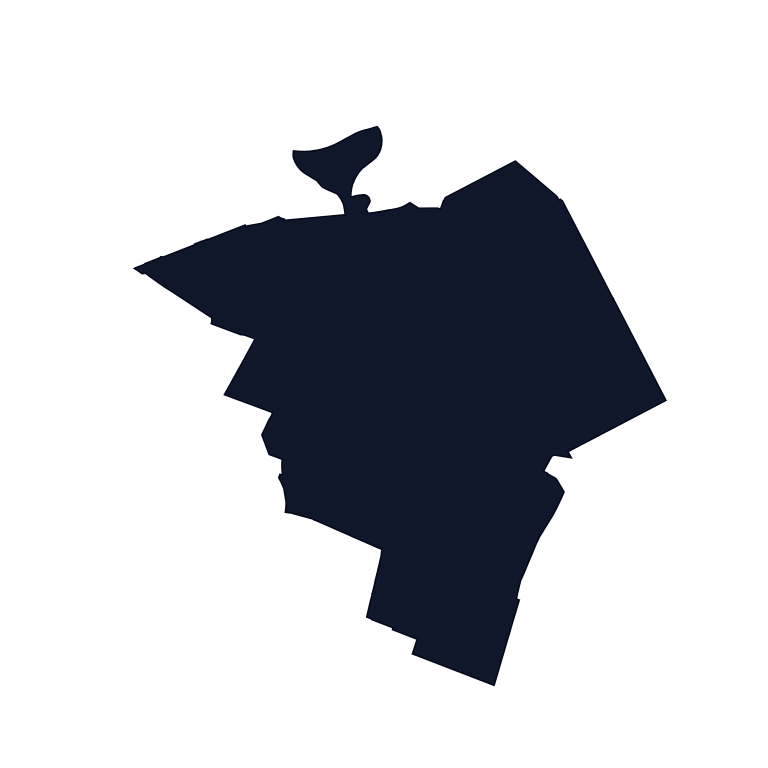 the district of Waddinxveen, Zuid-Holland, Netherlands, rotated 198°
{"feature_id": "6326949B29533481095238", "entity_name": "Waddinxveen", "entity_type": "district", "adm_level": 2, "iso_a3": "NLD", "parent_name": "Netherlands", "parent_adm1": "Zuid-Holland", "projection": "orthographic", "projection_center": [4.655, 52.044], "detail": "fine", "context": "isolated", "style": "filled", "palette": "ink", "viewbox_px": 768, "rotation_deg": 198, "n_neighbors": 0, "source": "geoboundaries", "source_scale": "gbopen_adm2", "svg_char_len": 6051}
<svg xmlns="http://www.w3.org/2000/svg" viewBox="0 0 768 768"><g transform="rotate(198 384 384)"><path d="M188.6,220.4L189.2,220.3L189.8,220.3L190.4,220.4L191.0,220.5L191.6,220.9L191.7,221.1L192.4,226.8L193.3,238.9L193.2,240.4L192.4,247.3L191.6,257.8L190.6,269.6L189.9,278.7L188.8,287.0L185.7,299.7L183.2,310.0L182.5,313.2L181.1,322.1L180.3,328.5L179.4,336.2L179.5,337.0L180.3,337.8L189.6,346.0L190.1,346.4L190.8,346.9L191.5,347.2L192.3,347.5L199.2,348.8L199.3,348.6L200.6,349.4L201.0,349.6L201.8,349.6L202.1,349.6L202.1,349.9L202.5,349.8L203.4,349.9L205.2,350.4L204.8,353.1L202.4,365.8L202.1,366.9L201.8,367.5L200.7,368.6L199.8,369.1L199.1,369.2L183.0,371.7L188.1,376.6L168.4,396.7L149.0,416.5L110.8,455.6L126.0,470.6L192.4,536.1L192.3,536.4L192.4,536.5L192.6,536.4L192.8,536.3L225.0,568.1L270.7,613.1L273.4,614.2L274.6,613.0L277.6,615.9L308.9,628.8L328.0,636.6L359.7,604.3L360.9,603.1L361.6,602.4L363.2,600.7L365.6,598.3L367.5,596.3L373.4,590.3L375.0,588.7L381.2,582.4L383.3,580.2L383.7,576.7L384.1,576.7L384.3,567.9L387.5,567.8L405.3,561.9L415.5,564.5L417.3,562.2L419.3,560.1L421.1,558.3L423.4,556.5L425.8,554.9L430.5,552.3L432.3,551.5L440.0,547.3L446.8,543.8L451.7,541.5L454.9,544.8L453.6,553.4L455.1,555.7L456.3,556.8L457.6,557.5L459.0,557.9L460.5,558.0L462.2,557.6L468.4,554.7L473.3,551.5L473.4,551.8L473.6,552.5L473.9,553.5L474.2,554.5L474.7,556.7L475.0,558.4L475.4,561.2L475.4,562.5L475.6,565.0L475.5,565.4L475.4,565.8L475.2,568.3L475.2,569.2L475.1,569.6L474.9,570.7L474.9,570.8L474.9,571.0L474.8,571.6L474.4,573.5L474.0,574.8L473.5,577.1L473.1,578.2L472.7,579.0L471.5,581.9L470.9,582.8L470.3,583.7L469.7,584.6L468.8,586.0L467.6,587.8L463.8,593.3L463.3,594.1L462.8,595.0L462.2,596.0L461.9,596.6L461.4,597.7L461.2,598.5L460.8,599.5L460.5,600.9L460.3,601.7L460.2,602.3L460.0,603.2L459.9,604.1L459.9,604.9L459.8,605.6L459.8,606.2L459.9,607.6L460.1,610.0L460.4,611.7L460.6,612.4L460.9,613.4L461.2,614.7L461.4,615.3L461.6,615.9L461.9,616.5L462.1,617.0L462.3,617.4L462.6,618.1L463.0,618.9L463.2,619.3L464.0,620.3L464.8,621.7L465.0,622.0L465.2,622.4L465.6,622.9L466.1,623.6L466.6,624.1L466.8,624.3L467.1,624.6L469.8,626.7L471.3,625.7L471.7,625.6L473.1,624.7L473.3,624.5L475.9,622.6L477.4,621.6L479.5,620.3L481.6,619.0L482.7,618.2L483.9,617.4L485.0,616.6L486.5,615.3L488.1,613.7L488.2,613.8L494.4,607.3L498.7,602.8L501.8,599.5L504.8,596.5L509.8,592.2L512.5,590.3L516.6,587.6L519.8,585.7L523.5,583.9L527.0,582.2L531.3,580.6L536.0,579.2L542.2,577.7L541.3,574.1L541.1,573.4L540.8,572.7L540.5,572.0L540.1,571.3L539.7,570.7L539.3,570.2L538.9,569.6L538.4,569.1L538.0,568.6L537.5,568.0L537.0,567.5L536.5,567.0L536.0,566.6L535.5,566.1L535.0,565.6L534.5,565.2L533.9,564.8L533.1,564.1L532.5,563.8L531.9,563.4L531.4,563.0L530.8,562.6L530.2,562.3L529.5,562.0L528.9,561.6L528.3,561.3L527.7,561.1L527.0,560.8L526.4,560.6L525.1,560.1L524.4,559.9L523.4,559.6L522.1,559.3L520.7,559.0L510.6,556.6L509.1,555.6L507.0,554.3L504.4,552.7L503.3,552.2L499.0,551.5L491.2,550.7L487.7,550.4L485.5,549.2L482.2,546.7L478.9,543.4L477.5,541.4L475.9,538.5L475.1,537.0L474.4,535.3L473.0,533.1L515.1,515.0L529.1,509.0L529.6,510.1L531.5,509.9L533.1,509.9L534.6,510.2L536.1,510.6L538.6,508.5L539.1,508.1L539.9,507.4L539.9,507.2L540.1,507.2L541.3,506.2L542.7,505.0L544.6,503.5L548.1,500.7L549.2,499.8L549.6,499.4L550.5,498.7L564.4,491.3L565.2,492.3L567.1,490.7L571.4,487.2L574.3,484.8L577.8,482.0L580.6,479.7L580.9,479.4L583.2,477.6L584.6,476.4L586.7,474.7L591.0,471.1L593.2,469.4L595.2,467.7L595.4,467.6L595.9,467.2L596.2,467.0L596.6,466.6L597.0,467.0L599.9,464.4L601.2,463.7L607.4,458.6L607.0,458.0L633.2,436.5L634.3,436.4L634.8,436.3L635.5,436.2L635.8,435.9L635.9,435.6L635.8,435.1L636.8,434.3L637.6,433.6L639.6,432.0L642.3,429.7L644.4,428.0L646.0,426.7L648.7,424.5L648.8,423.8L651.1,421.9L653.2,420.2L655.4,418.4L657.2,416.8L647.8,414.1L646.8,414.9L646.3,415.2L645.2,415.3L644.9,415.6L641.3,414.3L639.5,413.7L636.9,412.9L630.1,410.7L621.3,408.1L613.8,406.2L607.6,404.5L602.0,403.0L595.2,401.1L589.2,399.5L580.3,397.0L572.2,394.8L568.1,393.8L568.0,392.8L567.9,392.8L567.9,392.6L567.8,392.4L567.6,392.2L567.4,392.0L567.2,391.7L567.3,391.5L567.4,391.2L567.3,390.7L567.0,390.2L567.0,388.1L566.0,388.0L565.6,387.9L564.0,387.8L555.6,387.5L554.5,387.4L546.7,387.1L542.9,386.9L538.8,386.8L536.4,386.6L536.0,386.6L535.6,386.7L534.4,386.9L533.5,387.1L533.2,387.2L532.5,387.3L532.4,387.4L532.0,387.4L531.8,387.4L531.4,387.4L530.9,387.4L530.4,387.4L520.7,387.1L520.7,386.5L520.9,385.5L521.3,382.9L523.9,369.0L525.3,361.4L526.0,357.9L529.6,339.4L530.8,333.3L531.6,329.3L532.5,324.5L481.1,322.4L481.4,318.6L481.6,317.5L481.7,316.6L481.8,316.3L481.9,316.2L482.0,316.1L482.1,315.9L482.3,314.5L482.7,312.2L482.8,311.2L482.9,310.4L483.3,307.0L483.7,303.9L484.0,302.0L484.1,301.1L484.2,300.2L484.3,299.4L484.5,297.9L471.5,281.5L458.9,281.0L457.5,280.9L457.0,278.6L456.5,276.7L456.2,275.8L455.6,273.8L453.7,269.0L453.2,267.9L452.4,265.9L455.0,266.0L455.2,262.4L454.6,261.8L451.3,258.6L447.4,254.2L446.8,253.3L446.1,252.0L445.1,250.1L444.5,249.0L444.0,248.0L442.9,245.9L441.9,243.9L441.0,242.4L440.1,239.7L439.4,237.3L438.7,234.3L438.2,231.5L434.3,232.2L434.3,232.3L432.7,232.6L425.2,232.9L409.0,233.7L409.1,233.2L408.3,233.1L408.2,233.3L401.7,232.6L384.1,230.9L378.1,230.3L374.0,229.9L363.8,228.8L354.2,227.9L349.3,227.4L340.2,226.5L335.5,226.1L334.9,225.9L334.6,224.5L334.4,223.1L334.1,222.2L334.0,221.7L333.8,220.5L333.7,220.0L333.6,219.5L333.5,219.0L333.4,217.4L333.2,215.1L332.7,209.5L332.6,207.8L332.5,205.9L332.3,204.6L332.2,203.8L331.9,199.1L331.7,196.0L331.5,194.0L331.1,190.5L330.9,188.0L330.8,186.5L330.8,185.9L330.7,185.4L330.6,184.4L330.4,182.4L330.4,181.4L330.5,181.2L330.6,180.9L330.4,180.9L330.4,180.7L330.1,178.7L330.1,177.7L329.7,171.7L329.1,164.8L328.7,159.7L328.5,158.4L328.4,157.0L322.7,156.7L322.7,156.1L300.1,154.9L300.0,153.0L273.6,151.5L273.6,144.1L273.6,136.1L186.2,131.4L186.3,136.8L187.0,160.3L187.2,168.6L187.6,180.8L187.6,184.0L187.9,192.2L188.1,199.0L188.3,209.3L188.5,214.0L188.5,217.1L188.6,220.0L188.6,220.4Z" fill="#0f172a" stroke="#020617" stroke-width="1.5"/></g></svg>